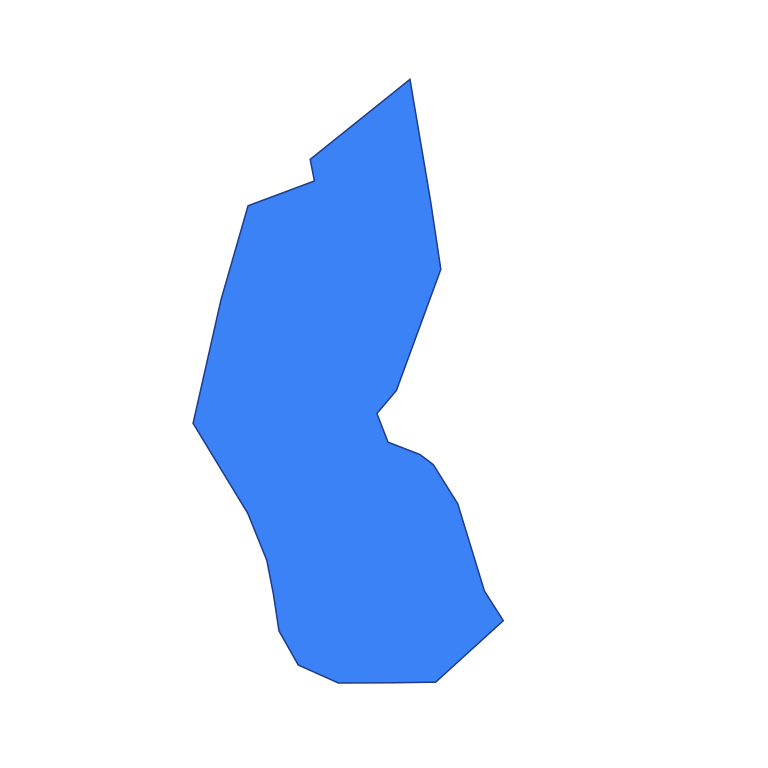 outline of Gangbuk-gu, Seoul, South Korea, rotated 16°
{"feature_id": "91817680B92844029998138", "entity_name": "Gangbuk-gu", "entity_type": "district", "adm_level": 2, "iso_a3": "KOR", "parent_name": "South Korea", "parent_adm1": "Seoul", "projection": "natural_earth1", "projection_center": [127.017, 37.641], "detail": "fine", "context": "isolated", "style": "filled", "palette": "blue", "viewbox_px": 768, "rotation_deg": 16, "n_neighbors": 0, "source": "geoboundaries", "source_scale": "gbopen_adm2", "svg_char_len": 469}
<svg xmlns="http://www.w3.org/2000/svg" viewBox="0 0 768 768"><g transform="rotate(16 384 384)"><path d="M211.3,474.4L288.9,546.1L320.0,585.9L335.6,616.5L351.1,650.3L379.1,677.8L422.6,684.0L475.4,668.6L515.8,656.4L563.9,578.6L537.6,555.3L487.8,478.7L453.7,448.0L438.1,441.9L403.9,438.8L385.3,414.3L397.7,386.8L407.0,258.1L379.1,196.9L325.0,84.0L251.1,188.4L261.1,208.0L204.2,250.1L204.1,348.2L211.3,474.4Z" fill="#3b82f6" stroke="#1e3a8a" stroke-width="1.5"/></g></svg>